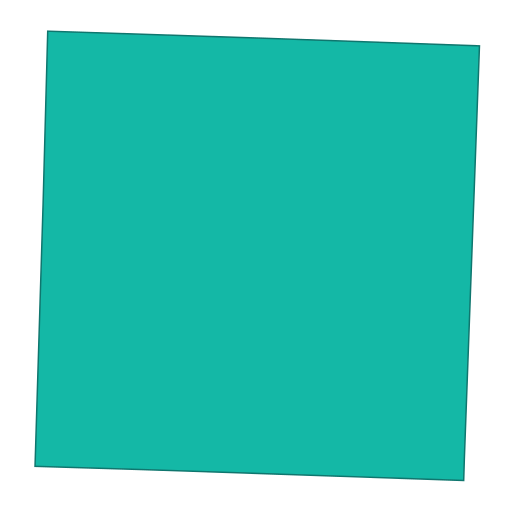 Marion, Iowa, United States of America, rotated 182°
{"feature_id": "52423323B54462982436391", "entity_name": "Marion", "entity_type": "district", "adm_level": 2, "iso_a3": "USA", "parent_name": "United States of America", "parent_adm1": "Iowa", "projection": "albers", "projection_center": [-93.073, 41.335], "detail": "fine", "context": "isolated", "style": "filled", "palette": "teal", "viewbox_px": 512, "rotation_deg": 182, "n_neighbors": 0, "source": "geoboundaries", "source_scale": "gbopen_adm2", "svg_char_len": 282}
<svg xmlns="http://www.w3.org/2000/svg" viewBox="0 0 512 512"><g transform="rotate(182 256 256)"><path d="M469.5,38.1L361.7,38.6L181.6,38.8L40.6,38.9L40.7,60.0L40.0,473.8L255.6,473.9L472.0,473.4L470.6,300.2L469.5,38.1Z" fill="#14b8a6" stroke="#0f766e" stroke-width="1.5"/></g></svg>